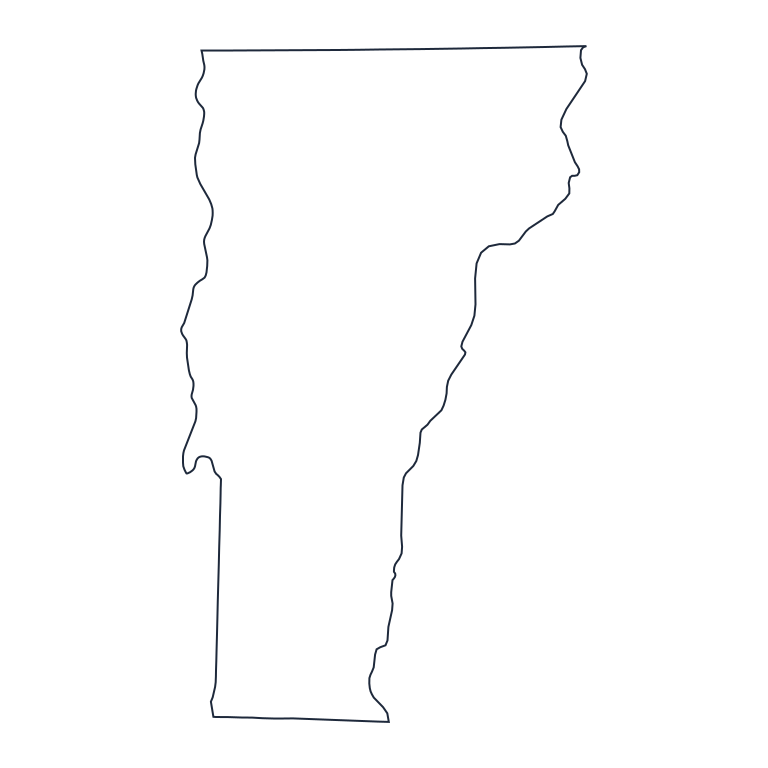 an SVG outline of Vermont
{"feature_id": "USA-3540", "entity_name": "Vermont", "entity_type": "State", "adm_level": 1, "iso_a3": "USA", "parent_name": "United States of America", "parent_adm1": "", "projection": "orthographic", "projection_center": [-72.807, 43.872], "detail": "fine", "context": "isolated", "style": "outline", "palette": "slate", "viewbox_px": 768, "rotation_deg": 0, "n_neighbors": 0, "source": "natural_earth", "source_scale": "10m", "svg_char_len": 3587}
<svg xmlns="http://www.w3.org/2000/svg" viewBox="0 0 768 768"><path d="M201.5,50.5L212.3,50.5L233.1,50.5L253.9,50.4L274.7,50.3L295.6,50.2L316.4,50.1L337.2,50.0L358.0,49.8L378.8,49.5L399.6,49.3L420.4,49.1L441.2,48.8L462.0,48.5L482.8,48.1L503.6,47.8L524.4,47.4L545.2,47.0L565.9,46.5L586.4,46.1L583.1,47.3L581.0,50.2L580.4,57.9L582.1,64.8L585.0,69.2L586.8,73.8L585.1,81.1L576.0,94.7L566.4,109.0L561.4,119.7L560.6,127.1L562.8,131.8L565.8,135.8L567.3,141.1L568.2,145.3L574.9,162.2L577.6,166.3L579.1,169.3L579.2,172.2L577.3,175.2L574.7,175.8L572.1,175.8L570.1,177.3L568.7,183.0L569.4,188.3L569.3,193.4L565.3,198.8L558.2,204.9L554.6,211.4L552.8,214.0L547.3,216.4L529.1,228.4L525.8,231.5L518.9,240.7L514.9,243.5L509.9,244.4L499.5,244.1L488.8,246.3L481.1,252.7L476.6,263.4L475.1,278.4L475.5,304.4L474.4,315.7L471.3,325.1L462.5,341.7L461.3,346.4L462.2,348.8L464.1,350.6L465.4,352.3L465.0,354.5L451.3,374.6L448.2,380.7L446.9,386.9L446.6,393.4L445.4,399.8L443.6,405.6L441.4,410.3L430.3,420.8L427.5,424.7L421.8,429.5L420.5,432.6L419.8,442.9L418.0,455.1L416.3,461.0L413.3,466.0L406.0,473.3L403.8,477.5L402.5,485.3L401.2,535.6L402.1,546.8L401.6,553.4L399.0,559.1L396.9,561.8L395.2,564.4L394.2,567.5L393.9,571.3L394.1,572.1L394.6,572.7L395.2,573.6L395.4,575.3L394.9,577.0L393.9,578.5L392.5,580.1L391.2,592.2L391.2,595.9L392.6,603.5L392.1,610.2L388.4,626.9L387.5,640.4L385.5,645.3L380.3,647.2L376.6,649.3L375.1,654.5L373.7,667.4L372.0,671.6L370.5,674.7L369.4,678.1L369.3,683.5L369.8,688.1L370.6,691.4L371.9,694.3L373.8,697.6L383.1,707.2L387.3,713.3L388.8,721.9L378.1,721.6L367.5,721.2L356.8,720.8L346.2,720.4L335.5,720.0L324.9,719.6L314.2,719.2L303.6,718.8L292.9,718.4L283.7,718.5L273.2,718.5L262.4,718.2L252.1,717.6L241.3,717.5L228.8,717.1L215.7,717.0L213.4,716.8L210.9,701.7L212.7,697.3L215.1,686.9L215.7,682.1L215.8,678.9L215.9,676.8L216.0,670.6L216.3,661.1L216.6,648.7L217.0,634.1L217.4,617.8L217.8,600.3L218.3,582.3L218.8,564.2L219.2,546.8L219.7,530.5L220.0,515.8L220.4,503.5L220.6,493.9L220.7,487.8L220.8,485.6L221.0,479.1L219.4,476.8L217.4,474.8L216.3,474.0L214.6,471.5L211.6,460.8L210.7,459.2L209.5,457.9L207.9,457.2L204.5,456.4L202.9,456.3L201.4,456.4L199.9,456.8L198.7,457.4L197.6,458.4L196.7,459.8L196.0,461.3L195.0,466.4L194.4,468.0L193.5,469.4L192.4,470.5L190.1,472.2L187.7,473.3L186.9,473.5L186.5,473.4L186.0,472.7L184.5,469.7L183.3,466.3L183.0,462.7L183.0,456.3L183.4,453.0L184.0,450.4L195.4,421.3L196.1,418.1L196.5,411.9L196.5,408.8L196.1,406.5L195.6,405.1L191.7,397.9L191.5,396.1L191.7,394.4L193.0,389.8L193.5,385.9L193.5,383.6L193.3,381.7L192.9,380.3L192.3,379.1L190.7,376.6L189.8,374.1L188.9,370.3L187.0,357.5L186.8,353.0L187.1,344.9L186.8,342.4L186.4,340.4L185.7,339.1L183.0,335.4L182.1,333.8L181.2,331.2L181.2,329.1L181.7,327.3L184.2,323.0L191.7,299.4L192.6,295.4L193.3,289.1L193.7,287.5L194.4,286.0L195.3,284.7L197.5,282.6L199.8,280.8L202.3,279.3L204.6,277.6L205.7,275.5L206.5,272.4L207.2,266.0L207.4,260.3L207.0,257.3L204.2,244.0L204.0,241.7L204.2,239.6L204.7,237.8L205.4,236.1L209.5,228.4L210.8,224.9L211.9,220.0L212.6,215.7L212.7,212.9L212.6,210.1L212.4,208.4L211.2,204.1L209.2,199.4L200.3,184.0L197.4,177.5L196.8,175.0L195.3,164.3L195.0,157.8L195.3,156.1L195.6,154.4L199.1,143.1L199.5,139.7L199.9,133.0L200.6,129.5L202.6,123.4L203.3,120.7L204.0,116.5L204.2,114.0L204.2,112.0L203.9,110.6L203.5,109.2L202.9,107.9L199.0,103.5L198.0,102.1L197.1,100.4L196.1,97.8L195.8,95.9L195.7,94.0L196.0,90.6L196.4,88.9L197.6,85.2L198.4,83.4L201.9,77.7L202.8,75.7L203.6,73.3L204.4,69.4L204.5,67.1L204.3,65.1L203.3,60.8L202.3,54.0L201.5,50.5Z" fill="none" stroke="#1e293b" stroke-width="2"/></svg>